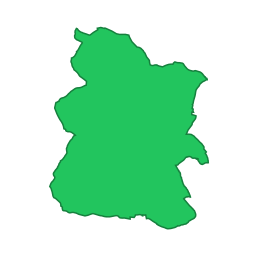 outline of Catina, Cluj, Romania, rotated 174°
{"feature_id": "2599482B31598645365183", "entity_name": "Catina", "entity_type": "district", "adm_level": 2, "iso_a3": "ROU", "parent_name": "Romania", "parent_adm1": "Cluj", "projection": "albers", "projection_center": [24.16, 46.852], "detail": "fine", "context": "isolated", "style": "filled", "palette": "green", "viewbox_px": 256, "rotation_deg": 174, "n_neighbors": 0, "source": "geoboundaries", "source_scale": "gbopen_adm2", "svg_char_len": 5661}
<svg xmlns="http://www.w3.org/2000/svg" viewBox="0 0 256 256"><g transform="rotate(174 128 128)"><path d="M148.1,230.4L147.7,228.9L152.5,226.6L155.9,224.5L156.5,224.4L157.4,224.7L159.6,225.8L163.0,227.3L163.5,227.7L165.1,228.4L166.2,229.4L167.1,230.3L167.7,231.4L168.1,232.0L168.9,232.4L169.9,230.8L170.3,230.4L170.7,228.7L170.6,227.8L170.6,227.1L170.9,226.3L171.4,225.6L171.5,224.8L171.5,223.8L171.3,222.9L169.9,221.2L168.9,220.7L165.5,218.6L164.8,218.1L164.6,217.6L164.9,217.0L166.6,215.1L168.8,211.8L170.0,210.2L171.2,209.4L171.0,208.7L173.2,205.5L173.9,204.8L174.4,204.5L175.6,203.8L176.9,203.5L177.0,202.4L177.7,200.4L177.7,199.5L177.6,199.2L177.2,198.0L177.1,196.1L176.8,194.7L176.1,193.6L175.5,191.4L174.4,190.5L172.5,188.3L171.2,186.0L171.1,185.4L170.2,184.2L169.0,183.2L166.4,180.8L164.4,178.7L165.1,174.9L166.2,174.8L169.6,173.5L171.0,173.2L172.6,173.1L174.3,173.2L175.7,173.0L176.9,172.5L179.9,170.8L180.8,170.4L182.4,169.0L183.5,168.3L185.0,166.9L186.3,166.0L188.7,165.0L191.3,164.6L192.1,164.2L192.8,163.6L193.5,162.7L193.7,162.4L193.8,161.8L194.7,161.7L195.7,161.1L196.9,160.9L197.3,160.2L197.9,158.3L198.7,156.0L198.8,155.4L197.2,149.6L196.3,147.1L195.3,144.6L194.7,143.3L193.4,140.9L192.5,138.7L192.0,136.4L191.8,134.1L191.6,133.6L190.7,133.5L190.2,133.1L190.1,132.4L190.1,131.8L189.6,131.3L188.2,130.6L186.3,130.4L185.3,130.0L184.1,129.2L182.4,127.6L181.2,126.3L182.5,125.9L182.8,125.7L183.8,124.5L184.5,123.3L185.1,122.7L186.6,121.6L188.8,118.7L190.2,116.5L190.4,115.6L191.3,114.1L191.4,112.5L191.3,110.6L191.4,109.5L192.4,108.1L193.4,107.1L194.3,105.8L196.3,103.7L197.4,102.9L198.6,102.4L198.8,101.5L199.0,101.1L200.3,99.7L200.6,98.8L201.1,97.9L202.3,96.3L202.2,95.7L202.3,95.6L203.1,95.1L203.4,94.8L203.6,94.5L203.9,94.2L204.4,93.9L206.6,91.2L206.9,90.7L207.0,90.1L207.0,89.4L206.9,88.7L206.2,87.3L205.9,86.8L206.1,85.9L206.7,84.8L207.3,84.2L208.6,82.7L209.3,82.3L210.4,81.0L211.9,78.0L211.5,77.3L210.8,76.0L210.4,73.6L210.1,72.6L209.7,68.3L209.4,67.3L208.9,66.4L207.6,65.7L206.8,64.9L203.2,60.8L202.9,59.7L202.8,58.8L202.9,57.9L202.9,57.4L202.7,57.1L202.3,56.9L201.7,56.2L201.6,55.8L201.8,54.7L201.5,53.1L201.3,52.9L201.0,52.6L199.1,52.2L197.7,51.7L196.3,50.4L195.4,49.9L194.6,49.7L192.2,49.9L191.3,49.8L188.4,48.8L185.9,47.3L180.0,45.1L177.1,45.4L174.8,46.0L172.6,46.5L171.9,46.5L171.0,46.3L170.0,45.9L165.7,44.1L164.6,43.7L163.1,43.4L161.0,42.5L159.0,42.0L155.6,41.6L154.0,41.7L149.7,42.1L148.1,42.0L147.7,41.8L147.1,41.5L146.5,40.8L145.9,39.9L145.3,39.5L144.5,39.3L143.0,39.0L141.1,38.9L135.4,37.2L135.2,39.2L131.3,38.4L130.7,39.0L130.2,39.6L129.8,40.3L129.7,40.7L127.8,40.6L125.4,40.7L124.5,40.4L123.0,39.7L122.9,39.5L122.9,39.2L122.5,39.1L122.4,40.0L120.5,39.6L119.5,39.7L119.1,35.9L117.8,36.0L117.3,35.9L116.2,35.4L115.3,34.7L112.9,32.6L109.8,30.2L108.8,29.1L109.0,29.0L107.7,28.0L104.8,26.3L101.8,25.0L100.5,24.2L99.3,23.7L98.4,23.6L95.8,23.6L91.7,24.2L89.6,25.0L88.7,25.6L88.0,25.3L87.3,25.3L86.7,25.4L85.0,26.1L83.8,26.0L83.1,26.1L82.2,26.4L80.3,26.5L79.8,26.9L78.7,27.5L77.9,28.0L77.2,29.0L75.5,29.7L74.6,30.2L72.3,31.0L71.6,31.4L70.1,32.9L69.9,33.7L69.7,34.5L69.8,35.8L70.6,38.9L70.7,39.1L71.2,39.4L71.7,40.2L71.9,40.8L72.4,41.1L72.9,42.0L75.0,44.4L80.0,51.8L79.7,52.1L78.9,52.4L78.0,53.0L77.2,53.3L76.8,53.3L76.4,53.6L75.7,53.2L75.4,53.4L74.7,53.5L74.4,53.4L73.6,53.4L73.4,52.7L73.1,52.8L73.3,53.5L73.3,53.9L74.3,57.4L74.7,57.8L74.8,57.9L74.7,58.6L75.2,59.7L75.5,60.6L75.8,60.8L75.9,61.0L76.4,61.9L76.4,62.3L76.5,62.4L77.4,63.5L77.6,64.0L78.1,64.2L78.2,64.4L78.4,65.2L79.1,66.9L79.1,67.4L79.3,67.9L79.3,68.5L79.6,69.1L79.5,69.4L79.8,70.6L79.8,71.1L80.1,72.2L80.0,73.0L80.3,73.4L80.7,74.6L80.8,75.6L80.7,76.3L80.6,76.7L80.8,77.3L80.8,77.9L81.3,78.9L81.6,79.0L81.9,79.4L82.0,79.7L81.9,80.4L82.4,80.8L84.6,85.9L82.9,86.0L82.3,86.1L81.1,87.3L76.1,90.2L75.4,90.8L73.8,92.5L73.6,92.7L71.7,93.0L71.8,93.2L70.1,93.3L68.7,92.8L67.8,92.1L67.5,91.6L67.0,91.3L65.9,91.1L64.5,91.1L63.0,89.8L62.8,89.8L62.6,90.0L62.5,90.5L61.6,90.1L61.4,89.8L61.7,89.5L61.8,88.6L61.6,88.1L61.0,87.2L60.7,86.5L60.0,85.2L59.0,84.4L58.0,84.0L56.6,84.4L54.8,85.2L53.7,85.3L53.1,85.1L51.8,85.1L51.8,86.0L51.7,86.9L51.9,88.7L51.9,89.8L52.3,90.9L52.7,92.6L53.8,94.9L52.6,96.0L54.0,98.1L54.7,99.0L54.8,99.3L54.5,100.2L54.5,101.4L54.9,102.2L55.2,102.6L56.3,104.6L57.4,105.8L58.1,106.5L60.0,109.1L61.6,110.9L62.2,111.5L62.9,112.7L65.4,114.7L65.9,115.0L68.2,115.5L70.7,115.7L68.5,119.7L66.0,122.4L64.4,124.1L63.9,124.8L63.6,126.2L60.1,130.0L59.7,130.7L59.2,132.2L59.1,133.0L61.8,134.2L63.1,134.6L63.2,134.9L62.8,137.1L61.2,136.8L61.6,138.1L61.5,138.8L61.2,140.0L61.7,140.4L62.2,140.6L61.2,143.8L61.3,144.2L61.5,144.6L61.1,144.8L60.6,146.0L59.9,148.4L58.1,152.8L57.4,155.1L57.0,156.7L56.5,158.3L56.2,158.9L54.9,160.5L52.9,162.4L51.8,164.2L48.9,166.2L47.6,166.6L44.6,167.9L44.4,167.9L44.2,167.8L44.1,168.3L44.5,168.9L44.6,169.3L45.4,169.5L45.6,169.8L45.8,170.7L45.9,170.8L46.3,170.7L47.1,172.2L47.6,172.9L48.3,174.1L49.4,175.3L50.4,176.1L54.7,177.9L55.3,178.0L57.1,177.7L58.2,178.0L60.6,178.9L62.1,179.8L63.2,180.9L64.0,182.2L64.2,182.4L65.0,183.5L66.1,185.7L66.5,186.3L67.2,186.8L70.2,187.6L71.5,187.7L72.5,188.0L73.9,188.5L74.4,188.8L74.9,188.6L76.1,187.7L76.3,187.1L76.7,186.8L78.4,187.0L80.7,187.0L82.8,186.6L84.7,186.1L87.2,185.2L90.4,186.3L92.7,187.4L92.7,187.7L94.5,187.9L96.7,187.5L97.8,187.7L99.1,188.3L99.3,188.4L99.5,189.3L99.7,190.6L99.7,193.0L100.2,193.9L102.0,196.6L103.3,200.6L103.8,201.5L104.5,202.3L104.7,203.2L107.0,206.0L108.6,207.0L110.5,207.5L115.1,213.4L117.0,218.1L117.5,220.3L121.0,221.4L126.5,221.9L129.6,222.9L133.8,226.0L140.0,229.6L140.8,229.8L141.1,229.5L144.5,230.8L148.1,230.4Z" fill="#22c55e" stroke="#15803d" stroke-width="1.5"/></g></svg>